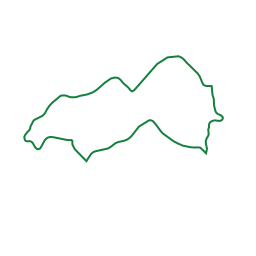 SVG path tracing the border of Dowa, rotated 147°
{"feature_id": "MWI-1908", "entity_name": "Dowa", "entity_type": "District", "adm_level": 1, "iso_a3": "MWI", "parent_name": "Malawi", "parent_adm1": "", "projection": "albers", "projection_center": [33.856, -13.529], "detail": "fine", "context": "isolated", "style": "outline", "palette": "green", "viewbox_px": 256, "rotation_deg": 147, "n_neighbors": 0, "source": "natural_earth", "source_scale": "10m", "svg_char_len": 1902}
<svg xmlns="http://www.w3.org/2000/svg" viewBox="0 0 256 256"><g transform="rotate(147 128 128)"><path d="M180.9,122.8L184.1,138.8L184.0,141.3L183.5,144.7L182.4,146.3L181.7,147.8L181.9,148.6L184.5,150.2L185.8,151.3L195.3,160.6L197.0,162.1L198.8,163.1L200.4,163.6L202.2,163.6L204.2,163.2L211.6,159.2L213.1,158.7L214.3,158.8L215.7,159.8L216.3,162.0L216.3,164.3L216.1,166.4L216.1,167.7L216.7,169.5L217.9,170.7L219.9,171.8L220.7,172.8L221.0,173.6L220.7,175.0L220.3,176.1L219.8,177.0L218.7,177.8L217.7,178.3L214.6,179.4L212.6,179.8L211.2,180.3L210.4,180.8L210.0,181.2L209.8,181.5L208.9,182.4L203.1,185.7L201.0,185.7L193.4,184.8L190.7,185.2L188.3,186.3L185.7,187.8L181.9,189.4L177.6,190.5L166.7,191.7L163.6,190.0L161.8,188.3L160.7,186.6L160.0,185.7L158.3,184.3L155.8,182.7L154.4,182.1L150.2,180.9L144.0,178.4L138.9,177.2L135.6,177.0L132.8,177.1L122.7,178.6L115.3,178.8L111.5,177.5L109.1,175.4L108.1,172.7L107.4,167.5L106.0,162.9L105.6,160.8L105.4,158.7L104.9,156.8L103.8,156.3L101.9,156.4L68.7,165.8L56.4,165.7L46.5,160.6L44.5,157.5L43.7,154.4L43.3,151.4L39.8,135.5L39.8,132.2L41.1,124.5L41.1,122.8L40.1,121.3L39.1,120.3L35.0,117.6L38.9,110.1L40.4,105.3L43.0,101.0L43.7,99.6L45.4,94.8L45.6,93.5L45.5,92.3L45.2,91.3L44.7,90.3L43.5,88.5L43.0,87.5L42.7,86.5L42.7,85.3L43.3,84.4L44.3,83.7L46.2,83.6L47.4,84.1L48.3,84.8L49.1,85.5L50.6,86.8L51.3,87.2L52.0,87.5L53.0,87.9L54.2,88.1L55.5,88.1L56.8,87.7L58.2,86.8L59.7,84.5L61.4,83.2L63.7,78.9L64.6,78.0L67.7,76.4L69.5,75.0L70.4,73.9L71.2,72.4L73.0,67.7L76.3,64.3L78.0,72.0L79.0,72.9L80.6,74.1L83.0,75.5L86.0,77.8L91.6,83.3L94.5,87.7L97.0,92.1L101.6,104.0L102.2,106.9L102.8,116.6L103.4,120.3L104.6,122.0L105.7,122.8L107.2,123.0L118.1,123.2L129.5,119.3L131.9,118.8L135.2,118.8L138.5,119.5L143.7,121.5L146.7,122.1L152.7,121.6L155.9,121.7L167.9,126.2L170.0,126.6L171.7,126.6L173.2,126.3L179.0,123.8L180.9,122.8Z" fill="none" stroke="#15803d" stroke-width="2"/></g></svg>